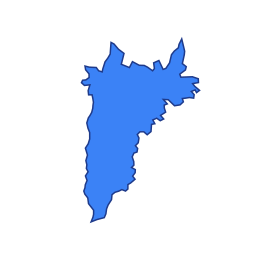 outline of Pinhal de São Bento, Paraná, Brazil, rotated 106°
{"feature_id": "56859067B18957785190727", "entity_name": "Pinhal de São Bento", "entity_type": "district", "adm_level": 2, "iso_a3": "BRA", "parent_name": "Brazil", "parent_adm1": "Paraná", "projection": "robinson", "projection_center": [-53.481, -26.012], "detail": "fine", "context": "isolated", "style": "filled", "palette": "blue", "viewbox_px": 256, "rotation_deg": 106, "n_neighbors": 0, "source": "geoboundaries", "source_scale": "gbopen_adm2", "svg_char_len": 1808}
<svg xmlns="http://www.w3.org/2000/svg" viewBox="0 0 256 256"><g transform="rotate(106 128 128)"><path d="M61.0,80.2L64.6,91.2L62.0,93.1L56.4,88.8L53.0,88.9L51.1,93.5L42.0,94.1L38.6,94.7L34.1,97.2L27.6,100.9L33.5,102.0L37.0,101.7L41.3,104.7L45.5,106.4L53.9,106.0L60.2,108.0L62.0,110.4L54.6,116.9L58.3,121.3L63.6,119.0L66.2,120.1L64.1,126.1L63.4,129.7L64.6,134.5L63.0,142.0L69.5,143.3L68.6,152.0L57.4,152.4L54.9,158.9L51.1,164.6L50.4,167.9L61.9,165.5L66.5,166.7L70.7,168.3L77.9,168.5L81.2,168.3L81.1,172.0L78.6,175.2L80.2,182.0L80.3,186.4L83.7,184.8L86.7,180.4L90.2,179.3L93.4,181.8L94.6,184.8L97.3,185.2L99.1,181.6L97.0,176.5L103.1,176.6L107.0,175.0L106.0,171.7L109.0,170.1L112.8,168.3L115.9,167.9L118.8,167.3L123.0,167.2L126.5,168.0L129.2,168.9L134.5,169.0L139.1,166.5L142.9,163.6L149.1,161.8L154.2,161.9L159.1,163.4L165.2,159.5L171.0,159.5L174.7,157.4L178.3,156.9L181.1,154.3L185.8,155.7L189.7,152.9L194.4,153.4L197.3,152.9L200.8,153.1L203.4,151.3L206.3,147.4L211.6,145.1L216.5,138.4L220.4,137.3L223.4,137.1L228.4,137.6L224.5,132.5L220.7,126.1L216.6,125.6L211.6,126.3L207.5,125.9L201.4,124.1L196.5,125.0L193.4,122.8L191.2,119.4L188.9,116.9L189.3,113.0L186.7,111.3L182.4,112.5L180.1,110.3L175.3,107.1L173.0,110.3L169.0,108.8L166.0,109.5L165.0,113.7L162.1,112.1L158.7,113.2L154.6,116.0L150.5,115.4L148.6,112.7L145.0,113.1L143.0,116.0L139.4,114.1L134.6,114.7L131.7,117.3L128.4,115.5L127.3,111.8L129.2,107.7L125.1,104.9L120.8,105.8L118.0,106.4L116.5,103.4L113.4,106.4L110.7,103.1L112.1,99.0L109.5,96.2L106.9,100.2L102.4,96.2L98.8,98.6L96.0,99.5L94.0,96.9L90.8,101.9L89.7,97.1L93.8,89.4L91.4,84.3L87.6,82.0L84.7,83.9L83.3,80.6L81.8,77.4L81.2,73.1L77.7,73.6L75.4,77.2L72.9,74.0L75.1,71.9L72.1,69.6L69.5,75.4L67.5,78.1L64.9,72.8L61.3,74.0L61.0,80.2Z" fill="#3b82f6" stroke="#1e3a8a" stroke-width="1.5"/></g></svg>